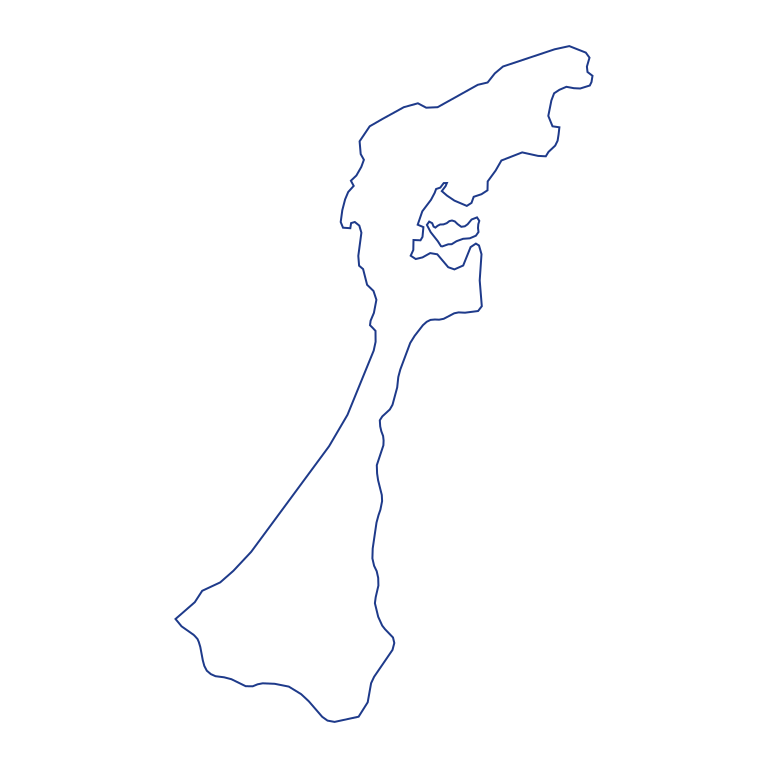 the border of Ishikawa
{"feature_id": "JPN-1842", "entity_name": "Ishikawa", "entity_type": "Prefecture", "adm_level": 1, "iso_a3": "JPN", "parent_name": "Japan", "parent_adm1": "", "projection": "albers", "projection_center": [136.851, 36.797], "detail": "fine", "context": "isolated", "style": "outline", "palette": "blue", "viewbox_px": 768, "rotation_deg": 0, "n_neighbors": 0, "source": "natural_earth", "source_scale": "10m", "svg_char_len": 2774}
<svg xmlns="http://www.w3.org/2000/svg" viewBox="0 0 768 768"><path d="M175.5,619.0L194.8,602.2L202.2,590.8L220.2,582.4L233.4,570.8L251.2,551.8L329.1,446.2L347.5,414.8L373.7,350.6L375.6,341.8L375.5,330.9L372.9,328.1L370.0,325.2L370.6,320.7L373.9,312.9L376.4,299.8L373.5,291.0L367.1,284.8L363.1,269.1L359.1,265.7L358.3,255.9L361.4,232.7L359.3,225.6L354.8,222.0L351.1,223.1L350.3,228.2L343.0,227.7L340.7,222.0L342.3,210.2L345.1,199.4L348.2,192.0L353.7,185.9L350.9,180.7L356.4,175.5L361.3,166.9L363.9,159.8L360.7,154.1L359.6,141.3L369.7,126.3L382.4,119.0L403.8,107.2L417.9,103.3L426.2,107.7L437.6,107.2L477.8,84.8L487.6,82.5L494.8,73.4L503.0,66.5L554.6,49.3L569.3,46.1L585.8,52.6L589.5,57.7L586.9,66.6L587.5,72.0L592.5,75.8L591.5,82.0L589.8,85.5L580.2,88.5L573.9,88.2L566.4,86.8L559.4,89.8L554.1,93.3L551.4,100.4L548.3,115.9L552.5,126.3L559.4,127.3L558.6,134.3L557.6,140.7L555.2,145.6L548.5,151.9L545.8,156.3L538.1,155.9L522.2,152.4L501.4,160.5L495.6,170.6L487.7,181.4L487.5,190.3L481.5,194.2L473.7,196.8L471.5,202.9L466.8,205.9L454.4,200.6L447.0,195.6L441.8,191.1L445.6,186.1L446.9,183.0L443.7,183.1L440.3,187.6L436.1,189.0L434.7,192.8L431.0,199.8L422.3,211.3L417.7,224.7L423.4,227.1L422.5,236.9L420.5,240.3L413.5,240.0L413.3,250.0L410.7,255.7L415.7,259.0L422.5,257.4L430.2,253.1L437.3,254.3L448.2,267.2L454.4,269.4L463.2,265.5L470.6,247.1L475.9,243.6L479.0,245.5L481.5,254.2L479.7,280.4L481.8,306.2L478.1,311.0L477.5,311.1L465.0,312.7L458.6,312.4L454.2,313.3L443.7,318.8L439.1,319.7L434.9,319.5L430.5,319.9L426.7,321.8L422.9,325.2L414.6,335.9L410.2,343.0L400.3,369.5L398.3,377.0L397.2,387.4L392.5,404.8L389.8,409.5L382.3,416.4L379.8,420.3L380.2,426.4L381.3,431.2L383.1,436.0L383.6,440.5L383.4,445.3L376.8,465.2L377.1,473.5L378.1,480.3L381.8,495.0L382.1,501.1L380.4,509.7L378.5,515.2L376.5,522.6L372.7,548.5L372.4,558.4L374.1,565.8L376.7,571.2L378.2,577.9L378.4,585.6L375.7,597.2L374.9,603.2L378.2,616.8L382.2,625.6L385.0,629.2L393.0,637.5L394.3,643.0L392.5,649.9L374.1,676.8L371.1,683.2L367.7,702.3L358.6,716.7L334.6,721.9L327.5,720.6L322.2,716.8L308.8,701.3L301.2,694.2L288.8,686.6L274.7,683.8L262.7,683.3L257.6,684.3L252.7,686.3L245.7,686.2L231.4,679.2L224.1,677.3L215.5,676.2L210.8,674.1L206.8,670.7L204.3,665.9L202.8,660.3L200.3,647.0L198.8,642.0L197.5,639.0L195.1,636.3L193.7,634.9L181.5,626.3L180.8,625.4L175.5,619.0ZM479.3,220.9L478.3,224.2L478.0,228.0L478.5,232.0L475.9,235.7L469.8,238.3L463.1,238.8L456.5,241.2L451.7,244.2L448.2,244.3L442.3,246.4L441.0,246.2L437.8,241.2L430.7,232.2L426.9,224.9L429.2,221.6L432.2,223.2L433.6,226.6L435.4,227.6L437.6,225.8L440.1,224.5L443.4,224.4L446.7,223.2L449.4,221.1L452.0,220.5L454.8,221.4L457.6,224.1L461.3,226.8L464.8,226.3L467.6,224.3L471.6,219.5L477.0,217.4L479.3,220.9Z" fill="none" stroke="#1e3a8a" stroke-width="2"/></svg>